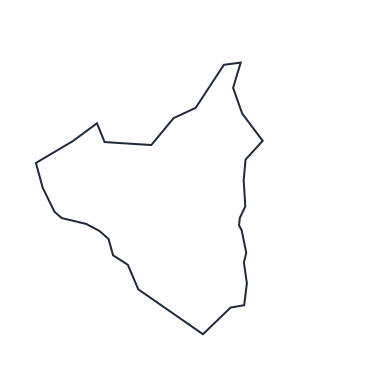 outline of Malpils, rotated 51°
{"feature_id": "LVA-5770", "entity_name": "Malpils", "entity_type": "Municipality", "adm_level": 1, "iso_a3": "LVA", "parent_name": "Latvia", "parent_adm1": "", "projection": "orthographic", "projection_center": [24.967, 57.013], "detail": "fine", "context": "isolated", "style": "outline", "palette": "slate", "viewbox_px": 384, "rotation_deg": 51, "n_neighbors": 0, "source": "natural_earth", "source_scale": "10m", "svg_char_len": 565}
<svg xmlns="http://www.w3.org/2000/svg" viewBox="0 0 384 384"><g transform="rotate(51 192 192)"><path d="M196.7,104.9L200.5,130.0L215.6,144.6L236.7,159.6L242.2,171.1L247.6,176.5L252.8,177.4L273.4,188.1L279.5,196.1L297.5,206.8L312.8,222.7L306.1,234.8L309.4,273.0L233.9,295.0L208.2,287.7L191.5,293.2L176.0,286.4L164.2,288.4L150.4,294.2L130.2,309.7L120.8,311.3L94.6,305.3L71.2,295.0L77.4,252.8L78.8,222.6L98.2,228.5L129.9,194.1L123.0,159.7L128.9,136.2L113.2,87.2L122.1,72.7L136.9,94.5L162.5,103.6L196.7,104.9Z" fill="none" stroke="#1e293b" stroke-width="2"/></g></svg>